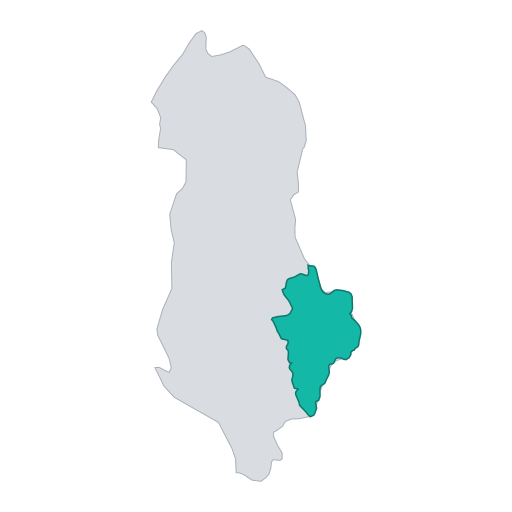 location of Korçë within Albania
{"feature_id": "ALB-1521", "entity_name": "Korçë", "entity_type": "County", "adm_level": 1, "iso_a3": "ALB", "parent_name": "Albania", "parent_adm1": "", "projection": "natural_earth1", "projection_center": [20.625, 40.584], "detail": "fine", "context": "in_parent", "style": "filled", "palette": "teal", "viewbox_px": 512, "rotation_deg": 0, "n_neighbors": 0, "source": "natural_earth", "source_scale": "10m", "svg_char_len": 3856}
<svg xmlns="http://www.w3.org/2000/svg" viewBox="0 0 512 512"><path d="M158.3,147.6L158.7,140.2L160.6,128.3L159.6,124.4L160.7,117.6L157.1,108.5L151.2,102.1L157.0,90.5L165.5,76.6L173.3,65.6L182.8,54.1L189.1,43.1L196.0,33.6L201.8,30.7L204.7,32.7L206.2,36.9L205.8,49.1L207.8,53.4L211.8,56.5L220.3,55.0L229.8,51.9L242.5,45.4L244.7,45.8L249.4,49.2L259.1,64.0L265.6,77.1L278.4,81.6L285.6,86.7L294.8,94.4L299.2,102.2L305.5,126.0L306.2,140.4L304.4,146.9L302.8,148.6L297.1,172.1L298.5,184.0L298.4,191.9L293.6,195.0L290.3,199.9L295.6,219.4L294.9,227.8L295.1,237.3L304.6,259.1L310.2,265.8L315.1,269.1L321.5,289.1L325.3,292.6L340.8,290.7L348.4,292.9L351.4,297.7L352.1,300.9L351.1,312.2L355.0,320.8L360.2,329.7L360.2,335.2L356.7,344.1L350.5,354.5L342.3,358.5L333.2,361.9L328.9,369.9L326.6,378.5L322.6,384.9L320.1,391.9L316.2,406.1L315.3,411.3L309.2,416.5L299.6,418.7L291.1,419.1L285.3,421.5L282.4,426.4L276.9,430.4L273.6,432.1L273.6,436.4L277.6,445.5L282.1,452.9L282.2,458.8L280.0,460.4L273.0,459.7L271.5,461.9L270.8,468.4L268.9,474.1L266.0,477.5L261.0,481.3L251.9,480.1L243.3,474.4L238.8,472.7L236.2,472.8L235.6,459.0L231.9,448.3L218.4,422.4L174.2,397.3L163.9,386.1L159.4,376.6L154.9,367.6L159.2,367.4L163.5,369.7L169.0,372.4L171.3,367.9L169.0,358.1L157.7,335.2L156.9,329.0L162.5,309.8L171.9,288.4L171.4,262.4L174.3,242.8L171.2,230.0L169.7,214.4L176.6,193.7L182.4,188.6L186.0,182.0L186.3,159.9L173.3,149.6L158.3,147.6Z" fill="#d9dde1" stroke="#a8b0b8" stroke-width="1"/><path d="M308.1,265.3L309.1,265.8L310.7,265.9L312.2,265.9L312.5,265.9L313.6,266.1L314.9,267.0L316.1,269.4L318.4,279.3L320.7,287.9L322.5,291.4L324.1,292.7L325.3,293.7L328.3,294.3L330.4,293.5L334.4,290.3L336.8,289.8L343.2,290.6L349.2,292.3L351.2,294.2L352.2,297.0L352.2,301.0L352.5,308.1L351.7,311.3L349.7,313.7L350.8,314.6L351.3,315.7L351.5,316.9L352.0,318.1L355.5,321.2L358.7,324.9L359.9,327.0L360.7,329.6L360.8,332.6L360.4,335.3L359.2,340.6L358.9,342.3L358.9,343.6L358.7,344.7L358.1,346.3L357.3,347.1L356.2,347.7L355.1,348.6L354.2,350.1L352.7,350.5L351.4,351.4L350.7,352.7L350.8,354.6L350.4,355.5L350.0,356.2L348.9,357.8L345.9,359.7L343.2,359.1L340.5,357.8L337.3,357.9L335.7,358.9L335.0,360.2L334.5,361.6L333.6,363.2L332.5,363.8L330.0,364.3L328.9,365.4L328.7,366.8L329.2,370.9L329.3,372.5L328.9,374.3L328.4,375.6L327.1,378.0L325.2,382.4L324.8,383.2L323.9,384.0L322.6,384.7L321.3,385.6L320.3,387.0L319.8,390.5L320.0,393.5L320.0,396.6L318.7,400.2L318.0,400.7L316.2,401.2L315.7,402.0L315.6,403.0L316.0,404.6L316.0,405.4L316.6,408.2L316.4,408.9L314.6,413.8L314.1,414.8L313.3,415.4L310.3,416.8L310.2,416.7L307.9,414.5L306.1,412.1L300.4,406.2L299.6,405.2L299.0,402.3L295.9,395.0L295.7,394.1L295.6,393.1L295.7,392.3L296.0,391.6L296.6,390.8L297.9,389.6L298.2,389.1L297.9,388.9L297.3,388.7L296.2,388.6L294.5,388.2L294.2,387.9L292.0,381.2L291.8,380.1L292.9,375.9L292.8,373.6L292.5,372.4L291.8,371.3L289.7,368.9L289.3,367.8L289.4,366.5L289.7,365.5L290.1,364.8L290.5,364.2L291.6,363.1L289.5,362.7L288.0,359.7L288.0,358.6L288.4,352.6L288.2,351.1L287.8,350.1L286.6,348.9L286.4,348.4L286.3,347.7L286.3,347.1L286.6,345.9L286.9,345.5L287.5,344.7L288.2,342.6L288.2,342.2L288.0,341.7L288.0,341.2L287.9,340.9L287.1,340.1L286.5,339.9L285.1,339.7L284.6,339.5L284.1,339.2L283.5,339.2L282.9,339.2L282.3,339.2L281.7,338.8L280.7,337.8L280.2,336.2L279.5,335.2L279.2,334.2L277.3,331.2L276.3,328.2L273.7,322.4L273.1,321.3L271.6,319.6L272.5,317.9L277.2,316.7L286.3,315.6L288.2,314.8L289.8,313.6L290.8,312.0L292.6,308.5L289.4,301.8L288.0,299.7L284.3,295.1L283.6,293.7L282.2,289.7L285.2,288.2L285.5,287.4L285.9,285.8L286.2,283.4L286.5,282.1L287.2,280.1L288.0,279.3L288.7,278.8L293.0,277.4L293.7,277.3L294.7,276.9L299.4,274.2L300.4,273.8L300.9,273.8L301.6,273.9L306.0,275.4L307.2,275.5L307.9,275.1L308.3,274.2L308.7,271.4L308.7,270.6L308.2,268.3L308.2,265.8L308.1,265.3Z" fill="#14b8a6" stroke="#0f766e" stroke-width="1.5"/></svg>